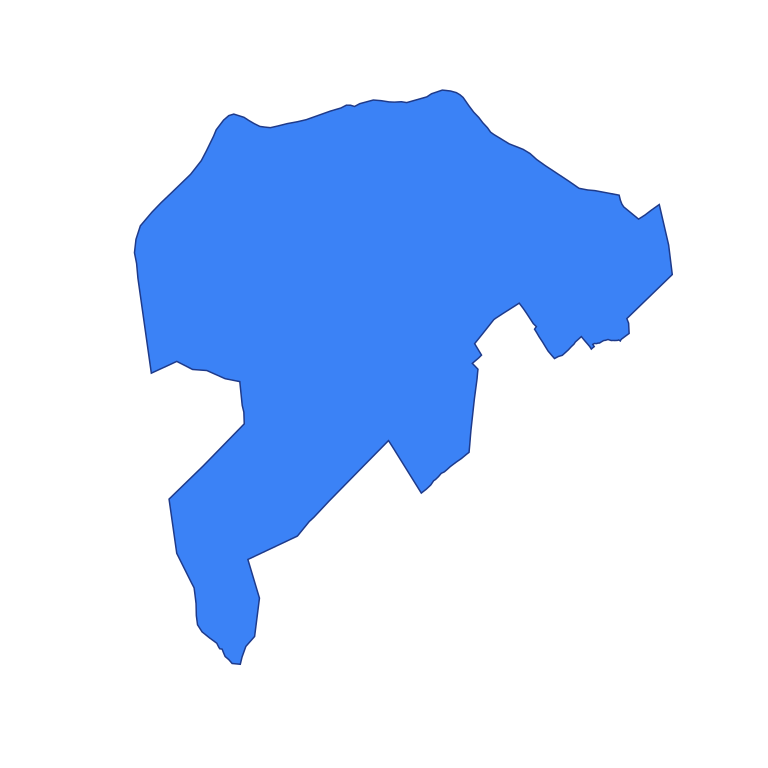 Hadejia, Jigawa, Nigeria (Robinson projection), rotated 189°
{"feature_id": "59680162B39799007570945", "entity_name": "Hadejia", "entity_type": "district", "adm_level": 2, "iso_a3": "NGA", "parent_name": "Nigeria", "parent_adm1": "Jigawa", "projection": "robinson", "projection_center": [10.051, 12.466], "detail": "fine", "context": "isolated", "style": "filled", "palette": "blue", "viewbox_px": 768, "rotation_deg": 189, "n_neighbors": 0, "source": "geoboundaries", "source_scale": "gbopen_adm2", "svg_char_len": 2610}
<svg xmlns="http://www.w3.org/2000/svg" viewBox="0 0 768 768"><g transform="rotate(189 384 384)"><path d="M369.0,683.6L372.4,683.4L382.5,678.1L386.6,674.3L405.6,665.5L411.0,665.5L417.9,664.0L423.2,663.4L431.2,663.4L439.0,662.8L451.8,657.1L456.5,653.5L460.6,654.1L464.8,653.5L469.7,649.9L479.6,645.2L493.9,637.4L502.4,632.8L510.5,629.5L520.4,626.0L529.3,622.2L536.3,619.4L541.9,619.1L546.9,619.0L553.0,620.9L558.9,623.2L564.0,625.5L574.6,627.1L579.3,624.8L583.7,619.6L589.5,608.8L591.1,602.1L593.7,593.6L595.8,586.7L599.4,576.0L607.8,560.9L623.3,540.3L632.4,528.4L640.1,517.4L649.4,502.1L651.6,488.1L651.0,474.6L647.2,464.3L643.6,450.0L619.4,371.0L615.5,358.3L592.2,373.9L575.4,368.4L561.1,369.6L541.8,364.4L526.8,363.8L520.7,340.7L518.0,334.2L515.8,322.8L523.5,311.9L549.7,274.9L578.3,236.7L562.2,184.3L542.9,157.3L539.7,153.0L537.6,145.9L535.3,137.8L533.1,125.8L530.5,117.0L524.9,110.7L516.0,105.6L508.6,101.8L506.1,98.3L504.8,96.8L502.4,96.8L500.5,93.5L498.3,90.0L494.2,87.5L490.3,84.2L482.1,84.7L481.5,92.1L479.4,103.2L472.3,114.4L473.5,153.0L491.0,189.4L445.7,220.3L436.3,236.5L432.4,241.4L420.2,259.4L390.6,301.0L370.7,328.8L365.8,323.3L330.1,282.1L325.8,286.7L322.0,291.6L319.8,296.3L318.2,297.7L315.6,301.2L313.5,304.7L310.6,306.7L308.4,309.3L305.7,312.7L300.8,317.8L295.6,322.8L291.6,327.4L289.3,329.8L289.8,337.4L290.6,347.8L290.9,352.2L292.4,383.4L292.9,403.7L293.3,409.4L293.5,413.3L300.0,418.2L294.6,424.5L292.2,427.8L300.8,438.0L298.0,442.9L294.5,449.0L285.6,464.8L284.0,466.4L277.6,472.2L275.9,473.7L263.1,485.0L261.2,483.2L258.3,480.4L254.4,476.3L249.7,471.1L246.0,467.0L242.5,464.5L243.9,461.7L241.3,458.7L238.1,454.8L233.8,450.1L230.7,446.4L227.0,442.1L222.7,438.4L219.6,435.8L216.0,438.5L212.4,440.2L207.3,446.5L204.9,450.1L202.6,453.1L201.6,455.4L196.5,461.7L192.7,458.3L188.9,455.1L186.7,453.2L184.7,450.9L183.6,452.3L182.2,453.8L184.0,455.8L182.6,456.9L180.2,457.2L179.2,457.8L177.5,458.2L175.7,459.8L173.8,461.3L172.1,461.8L169.7,463.0L167.8,462.7L166.5,462.5L164.1,462.9L162.6,463.1L160.2,463.6L159.1,464.2L158.1,463.8L157.3,463.5L157.2,464.2L156.2,465.8L155.5,466.4L154.4,467.6L149.8,472.3L151.9,482.3L154.4,486.6L116.4,537.2L124.6,565.8L140.2,604.3L146.8,597.9L152.8,591.6L158.4,586.7L174.9,596.4L177.2,598.9L179.1,602.2L179.2,602.3L181.3,607.3L206.0,608.0L213.2,607.5L222.0,607.8L232.7,613.0L258.0,624.5L260.1,625.5L268.3,629.6L275.7,634.4L283.2,637.5L298.0,640.8L314.5,647.6L318.1,649.4L321.9,653.3L327.3,657.5L332.1,662.1L337.9,666.5L343.8,672.2L347.7,676.3L350.7,679.4L354.3,681.6L358.1,683.1L364.0,683.8L369.0,683.6Z" fill="#3b82f6" stroke="#1e3a8a" stroke-width="1.5"/></g></svg>